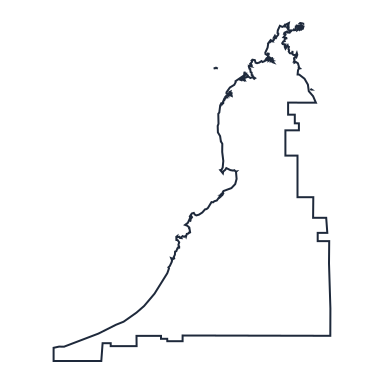 outline of Broome, Western Australia, Australia
{"feature_id": "25037944B66848731281736", "entity_name": "Broome", "entity_type": "district", "adm_level": 2, "iso_a3": "AUS", "parent_name": "Australia", "parent_adm1": "Western Australia", "projection": "robinson", "projection_center": [122.495, -18.173], "detail": "fine", "context": "isolated", "style": "outline", "palette": "slate", "viewbox_px": 384, "rotation_deg": 0, "n_neighbors": 0, "source": "geoboundaries", "source_scale": "gbopen_adm2", "svg_char_len": 5804}
<svg xmlns="http://www.w3.org/2000/svg" viewBox="0 0 384 384"><path d="M315.9,102.7L313.1,96.2L308.8,91.2L307.9,84.6L304.5,78.7L299.2,74.6L297.6,74.5L298.0,70.3L298.8,68.6L299.9,68.4L298.7,67.4L298.9,66.6L297.9,63.3L295.9,62.0L294.5,62.7L294.5,61.2L294.1,61.7L293.9,61.7L294.4,60.7L294.0,58.2L295.2,56.9L296.3,57.5L297.3,54.8L296.8,53.0L295.9,55.1L293.3,54.9L292.5,53.9L292.5,50.9L292.1,53.5L289.8,53.2L288.7,51.5L289.1,50.1L288.4,49.0L288.9,46.9L288.0,46.5L287.7,45.4L285.5,48.7L284.9,47.3L285.5,46.6L285.5,45.1L284.7,45.6L284.6,44.3L282.7,44.1L282.2,43.2L283.3,41.5L284.6,41.2L284.3,40.6L285.0,38.8L286.4,38.4L286.3,37.9L283.5,37.3L285.6,34.6L285.5,33.8L284.1,33.8L284.5,32.7L287.0,31.5L287.7,32.5L289.2,32.1L289.4,33.5L289.6,32.5L291.9,30.4L289.2,30.4L288.3,29.5L288.5,28.6L287.7,28.6L287.0,27.3L287.8,26.6L288.6,26.8L288.5,25.4L287.4,24.8L288.7,24.0L288.9,23.0L285.2,24.9L285.3,26.2L284.4,27.3L285.2,25.6L284.8,25.0L283.8,26.3L282.3,26.9L279.9,25.8L278.0,29.9L278.7,30.2L278.0,30.1L277.7,31.1L277.5,33.0L278.3,33.5L278.2,34.8L276.6,36.6L275.3,36.7L274.9,35.8L274.2,37.0L274.8,36.8L276.6,38.6L274.8,37.6L273.7,40.1L271.2,41.0L272.4,41.1L272.6,41.4L270.8,41.2L269.9,42.3L269.5,42.4L271.3,39.4L270.7,40.0L267.6,44.1L268.2,43.6L267.6,47.6L265.3,52.6L265.5,54.1L267.0,55.0L267.8,53.5L268.7,53.7L268.7,54.5L267.8,54.5L268.0,57.3L269.2,57.1L270.4,58.0L270.7,58.9L272.1,58.1L273.0,58.1L272.0,58.4L271.6,59.3L272.6,59.4L271.8,60.4L272.6,60.7L272.1,60.8L273.5,62.5L272.4,62.1L271.0,60.5L270.7,60.8L270.7,60.1L270.0,60.2L270.1,59.7L268.4,58.4L269.3,59.6L269.3,60.3L268.8,60.6L269.0,59.9L267.8,58.8L268.1,59.6L267.5,58.9L267.8,59.3L267.7,59.7L267.3,59.0L266.9,60.0L265.4,60.6L267.1,58.8L266.5,58.3L264.7,61.1L262.5,62.0L261.5,61.1L259.2,62.6L257.0,63.2L255.6,62.7L254.8,60.1L252.4,59.7L251.6,60.6L252.2,61.1L252.0,61.9L250.3,63.7L251.7,65.2L251.7,66.5L251.5,65.8L251.3,66.6L251.2,65.8L250.1,65.8L250.9,66.4L250.1,66.3L249.7,65.9L250.0,65.0L248.8,66.5L249.5,68.8L250.2,69.0L250.6,72.0L251.6,72.6L251.7,75.0L252.6,75.3L252.9,76.7L253.8,77.3L253.3,77.3L253.7,78.1L254.7,78.0L255.0,78.2L254.2,78.8L253.0,77.5L251.8,77.4L250.4,78.0L248.3,76.6L246.7,77.2L247.7,75.4L246.3,74.4L246.3,73.7L245.3,74.0L244.5,71.8L244.2,74.3L244.9,75.7L244.2,77.5L244.9,77.0L244.1,78.5L244.6,79.7L243.9,79.3L244.0,80.3L243.6,80.1L243.0,79.4L243.5,78.6L242.5,79.0L241.7,80.3L240.6,79.9L241.6,79.6L241.9,78.6L241.4,78.4L243.0,77.5L243.7,75.6L235.5,81.2L235.7,82.1L234.3,84.8L229.9,87.5L226.5,92.3L226.5,93.4L227.6,93.9L229.0,93.2L229.5,92.1L230.5,91.6L230.3,92.4L229.7,92.2L229.6,93.3L230.7,93.5L231.2,93.0L231.6,93.2L231.3,93.8L231.8,93.7L231.3,94.0L229.3,94.1L231.6,95.2L231.7,95.9L228.8,94.6L228.6,95.7L228.2,95.1L226.6,96.0L226.8,96.8L226.0,96.3L226.9,95.6L226.4,95.7L225.5,96.8L226.0,97.2L225.4,98.2L225.7,99.2L225.0,98.3L224.6,99.4L224.3,98.9L225.0,97.9L224.4,98.4L222.8,102.3L222.7,103.3L223.5,102.2L223.2,103.3L222.4,103.8L221.3,103.3L220.2,105.4L219.3,112.5L218.3,113.8L218.5,123.8L217.7,125.9L217.9,132.4L220.1,136.1L221.0,142.2L221.2,141.6L221.8,141.7L221.2,141.9L222.3,143.8L222.2,151.9L223.3,161.0L222.7,167.5L221.5,169.8L220.3,170.1L222.9,173.3L223.2,171.5L225.3,169.8L226.3,168.1L230.4,170.1L233.1,170.6L234.3,170.2L235.8,171.6L236.4,171.5L236.0,171.9L236.6,178.9L235.2,184.1L231.4,188.1L223.5,191.0L222.7,192.3L223.3,193.3L222.3,195.2L221.1,195.0L222.2,194.6L222.4,194.1L221.6,194.4L222.4,193.9L222.2,193.5L221.0,194.3L220.1,196.4L220.6,196.7L219.8,197.4L219.6,196.7L216.8,200.5L214.4,201.2L213.1,202.3L211.5,202.1L207.9,208.0L206.5,209.1L205.1,209.3L202.3,212.5L198.9,214.7L196.3,215.4L194.7,214.5L193.8,212.9L191.8,213.5L189.8,216.5L190.9,218.7L191.6,217.3L191.3,216.6L191.4,216.3L192.0,217.2L190.2,219.8L190.5,220.7L189.7,221.4L190.3,220.5L189.9,219.6L190.5,218.9L189.9,218.3L187.9,222.8L185.1,224.9L187.2,225.7L189.3,227.5L189.2,228.0L189.9,227.9L189.4,228.1L190.1,232.4L189.7,232.6L189.6,232.0L188.0,233.7L186.8,233.9L186.0,236.6L185.7,235.9L184.1,236.8L182.6,236.1L181.0,237.6L181.3,238.1L180.0,238.0L179.4,236.8L177.9,237.1L177.6,236.6L177.2,237.0L177.3,238.2L176.9,237.0L177.1,236.2L176.3,236.8L176.4,240.0L177.6,240.1L179.2,242.3L178.4,244.9L179.2,246.7L179.1,248.6L178.9,247.0L178.2,247.4L178.2,246.9L177.3,249.0L177.8,249.7L177.1,249.1L176.3,251.2L175.1,251.6L174.9,254.7L173.0,258.7L173.9,258.1L174.9,258.1L173.1,259.0L171.2,258.2L172.1,260.5L171.7,262.0L169.8,266.0L168.4,267.4L169.0,268.4L167.3,273.2L154.5,293.7L144.1,306.0L136.5,312.6L123.6,321.7L115.9,324.8L98.4,333.6L64.0,346.7L59.1,346.6L53.6,347.8L53.6,361.0L101.3,361.0L102.6,343.2L110.7,343.2L110.7,346.1L136.6,346.1L136.5,335.9L161.0,335.9L161.0,338.8L167.2,338.8L167.3,341.2L182.6,341.2L182.6,335.5L330.3,335.8L330.4,308.6L329.0,263.4L329.2,241.1L317.7,241.1L317.7,232.9L327.3,232.9L326.2,217.8L313.1,217.8L313.3,197.2L297.5,197.2L297.5,155.6L285.4,155.6L285.4,130.3L298.9,130.3L298.9,123.3L294.8,123.3L294.8,114.7L288.1,114.7L288.1,102.6L315.9,102.7ZM301.8,25.8L301.0,26.5L300.7,25.5L299.1,25.8L300.0,27.3L299.0,28.9L299.6,29.8L300.4,28.7L300.5,29.7L301.1,29.7L301.1,28.7L302.6,26.1L301.8,25.8ZM302.8,28.8L303.5,26.4L302.8,26.1L301.7,29.0L302.8,28.8ZM296.1,30.0L293.0,29.2L294.1,29.6L294.1,30.2L296.1,30.0ZM295.8,26.6L295.7,28.8L295.9,28.8L295.7,27.5L296.7,26.8L296.3,26.6L295.8,26.6ZM297.9,28.8L298.7,28.2L299.1,27.1L298.5,26.8L297.9,28.8ZM299.8,23.4L301.7,23.6L301.8,23.3L300.2,23.0L299.8,23.4ZM297.9,25.7L297.2,25.8L297.4,26.2L298.4,26.6L297.9,25.7ZM213.7,68.2L215.4,68.5L214.5,68.2L216.4,68.0L213.7,68.2ZM216.6,68.1L217.8,68.6L216.6,68.0L216.6,68.1ZM310.5,88.9L311.2,89.6L311.6,89.6L310.5,88.9ZM297.9,29.9L298.4,29.6L298.9,28.7L298.1,29.4L297.9,29.9ZM296.7,25.6L295.7,25.3L296.7,25.6ZM220.0,196.6L220.1,195.7L220.6,194.9L220.0,195.7L220.0,196.6ZM303.3,23.9L304.2,23.7L303.0,23.8L303.3,23.9Z" fill="none" stroke="#1e293b" stroke-width="2"/></svg>